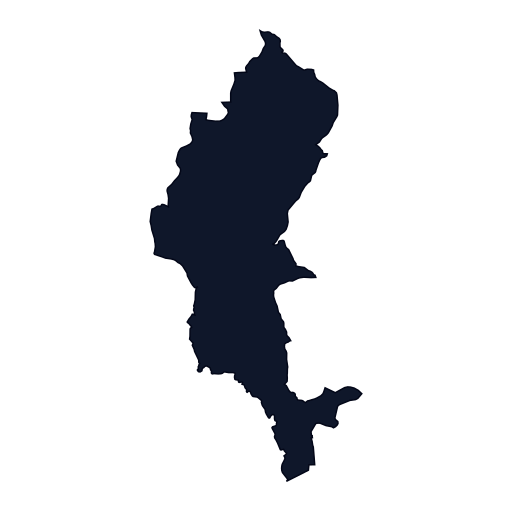 Aldana, Nariño, Colombia (orthographic projection)
{"feature_id": "7082276B17700118356894", "entity_name": "Aldana", "entity_type": "district", "adm_level": 2, "iso_a3": "COL", "parent_name": "Colombia", "parent_adm1": "Nariño", "projection": "orthographic", "projection_center": [-77.695, 0.907], "detail": "fine", "context": "isolated", "style": "filled", "palette": "ink", "viewbox_px": 512, "rotation_deg": 0, "n_neighbors": 0, "source": "geoboundaries", "source_scale": "gbopen_adm2", "svg_char_len": 6063}
<svg xmlns="http://www.w3.org/2000/svg" viewBox="0 0 512 512"><path d="M286.5,481.3L308.4,470.2L308.9,464.8L314.7,464.7L313.3,447.0L312.7,445.3L312.1,441.4L311.1,437.8L312.4,437.7L312.2,436.3L312.2,435.7L311.5,435.7L311.0,431.7L315.8,423.5L317.8,423.1L320.1,423.2L326.0,425.6L331.7,426.7L333.5,427.8L335.5,426.7L337.3,424.9L338.0,423.4L337.8,421.5L335.8,419.9L334.8,418.2L337.5,406.7L338.3,405.4L340.0,404.4L349.9,400.4L355.5,399.6L357.8,398.4L361.8,393.7L358.3,390.4L354.2,388.1L350.5,387.1L347.7,386.9L344.6,387.6L335.3,392.7L325.1,387.8L323.9,391.5L323.0,393.7L320.9,395.8L316.9,398.0L314.6,399.0L311.6,399.8L309.2,400.6L307.6,400.9L305.5,402.6L303.8,401.7L303.0,400.9L302.0,400.5L301.0,400.3L298.7,400.2L297.6,399.8L297.1,399.0L296.9,397.8L295.4,396.4L295.2,395.9L295.3,394.9L295.0,393.8L294.5,393.2L292.9,392.4L291.4,392.5L290.5,392.3L288.8,390.4L286.3,385.7L284.4,384.3L287.0,381.5L287.1,381.2L287.3,378.1L287.1,374.9L287.3,373.4L287.4,368.9L287.7,367.0L286.6,359.5L286.7,353.0L286.1,351.1L284.9,349.2L284.7,348.5L284.4,346.5L284.7,343.8L286.5,342.6L288.1,342.1L289.7,340.9L290.7,340.7L289.0,337.7L287.0,335.7L286.6,334.5L286.6,332.1L285.3,329.3L284.1,327.8L283.8,326.7L283.8,323.2L283.5,321.8L281.1,318.8L280.2,314.5L278.8,312.8L278.4,312.2L277.1,306.1L275.5,302.6L273.7,297.0L273.5,294.9L273.7,293.3L273.6,291.0L273.9,290.2L276.2,288.4L278.7,285.2L280.3,284.1L284.5,282.8L287.9,281.2L289.2,280.8L292.5,281.0L297.8,278.4L299.6,277.8L303.8,277.2L311.2,277.6L315.8,277.4L315.0,275.2L313.6,274.7L312.9,273.3L312.0,272.3L310.2,271.2L308.3,270.6L304.3,267.5L298.3,266.6L295.8,265.9L296.0,263.8L293.5,260.3L293.0,258.6L288.6,249.6L286.8,248.2L285.8,247.0L285.1,245.0L284.1,241.2L283.6,240.6L282.5,240.4L279.7,240.9L278.8,241.6L278.5,243.1L277.9,244.3L277.2,244.8L275.3,245.1L273.4,244.6L272.9,244.1L274.2,243.4L275.8,241.7L276.7,240.4L279.9,234.8L284.5,231.4L286.1,229.3L287.4,225.6L288.1,222.0L287.3,213.5L288.0,210.1L295.5,201.1L298.4,198.7L299.3,197.3L301.2,192.3L304.8,186.3L307.8,182.9L309.4,181.8L310.4,180.8L311.6,175.7L312.0,175.0L315.1,172.5L315.6,171.6L316.0,169.9L318.5,162.7L319.7,160.0L320.7,158.4L321.7,157.6L324.6,157.2L326.7,155.8L327.3,153.8L323.5,153.7L322.8,152.9L322.3,150.7L321.0,149.5L319.9,147.9L318.2,146.3L315.7,144.7L319.4,142.0L321.5,138.7L322.5,137.7L325.9,135.3L327.0,134.3L328.3,132.8L332.1,125.9L333.2,122.6L336.8,116.7L337.5,115.1L337.9,105.2L337.6,101.9L337.0,95.1L336.4,92.8L334.2,90.7L333.1,90.4L329.0,88.0L322.9,83.1L320.6,81.7L318.8,80.9L317.6,80.0L316.5,78.9L315.2,77.0L314.6,74.3L313.7,72.3L313.6,70.0L311.5,69.4L307.2,69.2L304.0,70.2L298.5,66.8L296.3,65.7L286.2,53.9L285.0,53.2L282.9,53.1L281.8,52.4L282.0,51.8L283.0,51.1L283.0,50.3L282.7,49.7L280.5,47.6L280.0,46.7L279.9,42.8L280.3,41.5L280.2,40.6L280.1,39.8L279.2,38.4L276.5,36.6L274.5,34.8L273.9,34.5L272.3,34.3L271.6,33.9L269.7,32.3L268.0,31.9L264.3,32.3L261.9,31.8L260.1,30.7L261.4,35.1L265.2,41.7L265.6,43.8L265.3,45.5L263.3,48.5L262.0,52.0L259.4,56.3L258.1,57.5L257.2,57.9L253.7,58.0L252.6,58.7L249.8,61.5L248.7,63.5L246.6,65.9L245.8,67.3L245.7,68.5L246.6,72.2L237.6,72.6L234.4,72.9L235.0,77.6L235.1,80.3L233.9,84.2L231.2,90.7L230.9,92.0L230.7,93.3L230.7,102.1L221.9,102.4L224.6,106.3L227.2,108.5L227.8,109.3L228.0,111.2L228.4,111.8L228.2,113.3L227.5,114.6L224.4,118.7L222.3,120.1L220.0,121.1L215.5,121.2L207.9,120.3L205.9,119.6L206.5,116.9L206.9,113.3L192.0,112.6L191.3,115.0L191.2,116.7L192.2,119.6L190.8,124.0L190.1,128.6L190.6,130.6L190.4,133.0L192.0,136.5L192.7,139.6L192.5,140.9L191.8,142.2L190.2,144.0L186.4,146.0L181.9,147.8L181.0,148.3L180.4,148.9L179.4,150.4L178.3,152.6L176.2,161.2L177.6,165.0L180.2,168.2L180.6,169.8L180.5,171.3L179.6,174.5L178.7,176.1L176.7,178.5L174.7,180.5L171.7,184.4L167.9,187.8L167.4,188.9L167.1,190.1L167.2,191.4L168.1,194.7L168.6,198.4L168.2,205.1L168.4,206.8L164.0,204.7L162.1,204.4L161.7,204.6L160.8,206.1L160.4,206.4L158.1,206.1L157.4,206.3L153.6,208.6L152.0,209.1L151.2,213.6L150.2,221.5L151.2,225.6L151.9,230.0L154.5,238.5L154.8,241.7L155.2,243.6L155.4,246.8L154.5,252.0L154.1,253.0L154.1,253.5L154.6,254.4L162.0,256.8L165.5,258.1L171.1,258.9L174.1,259.7L175.6,260.5L178.1,262.6L180.2,263.6L182.6,265.9L187.0,273.0L187.5,276.0L191.1,282.8L192.5,285.0L194.4,287.3L195.1,287.7L196.1,287.6L198.0,286.6L196.9,287.5L196.3,288.4L195.4,292.1L195.2,299.8L194.3,304.2L193.7,305.8L194.2,307.6L193.7,309.0L193.6,310.4L194.5,312.1L194.3,313.4L194.8,315.0L192.3,314.2L191.1,316.5L189.0,319.0L187.2,322.0L187.5,322.5L189.1,323.7L189.9,324.9L190.7,325.6L191.7,327.2L190.3,328.4L190.1,329.3L190.0,336.4L189.6,339.1L193.2,343.2L192.3,345.2L194.2,349.4L194.6,351.4L198.7,360.0L198.8,362.3L199.7,363.3L199.1,364.3L198.6,366.2L198.3,366.5L198.3,369.6L198.1,369.7L197.6,369.6L197.4,369.9L197.5,370.4L198.3,371.5L198.8,371.8L200.2,371.9L201.9,370.8L202.2,368.9L202.6,368.2L203.7,367.6L204.9,366.3L206.5,365.9L209.0,367.2L210.2,368.1L210.6,369.9L211.5,370.9L211.4,373.0L211.9,373.7L212.3,373.9L214.0,373.6L218.3,373.9L221.0,373.7L222.3,373.3L223.7,372.2L224.6,371.9L228.8,372.6L233.1,372.6L234.9,373.1L235.2,374.1L234.6,375.8L234.5,377.4L234.9,379.3L235.6,379.7L238.1,380.1L238.4,380.3L238.5,381.8L238.9,382.3L239.6,382.4L240.7,382.1L241.9,382.0L242.6,382.5L242.0,384.2L244.1,384.9L244.3,385.2L245.1,387.8L246.8,389.8L246.4,391.2L246.9,392.2L247.2,392.3L247.6,391.8L248.7,391.3L249.8,391.3L250.3,391.7L251.1,394.0L252.4,396.0L253.1,396.5L257.0,397.0L258.1,397.6L261.4,400.4L261.7,401.0L261.4,402.4L262.2,405.1L262.7,406.0L265.1,409.4L265.5,412.0L266.4,414.1L268.4,417.5L269.1,418.1L269.7,417.9L271.0,415.6L272.2,414.7L273.4,414.6L274.3,415.3L274.5,415.9L274.5,418.9L274.9,420.4L275.3,420.8L276.6,421.3L276.9,421.7L276.5,423.3L276.4,425.0L276.0,425.7L272.6,426.8L272.0,427.6L272.2,428.4L275.0,433.6L275.1,434.9L274.5,436.5L274.7,437.9L275.9,439.7L277.5,442.8L280.3,449.6L281.0,450.0L283.2,449.3L283.7,449.4L284.3,450.8L286.5,453.3L286.1,454.3L284.0,455.9L284.9,457.6L285.0,458.3L284.4,460.0L282.2,464.3L281.8,466.1L281.6,468.3L281.8,470.5L282.5,472.6L287.5,479.0L287.6,479.7L286.5,481.3Z" fill="#0f172a" stroke="#020617" stroke-width="1.5"/></svg>